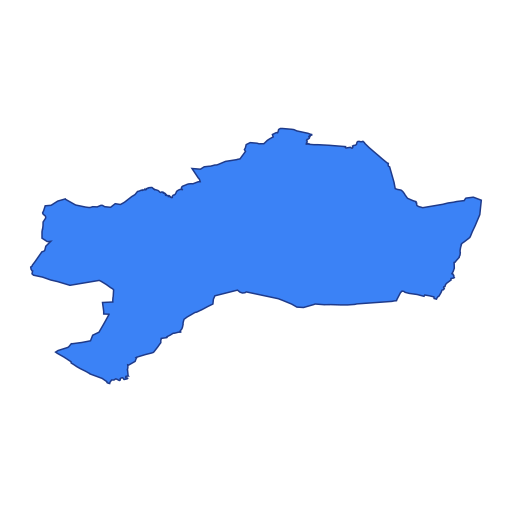 the district of Vecpiebalgas pag., Vecpiebalgas, Latvia
{"feature_id": "27541924B76706291100017", "entity_name": "Vecpiebalgas pag.", "entity_type": "district", "adm_level": 2, "iso_a3": "LVA", "parent_name": "Latvia", "parent_adm1": "Vecpiebalgas", "projection": "equal_earth", "projection_center": [25.763, 57.071], "detail": "fine", "context": "isolated", "style": "filled", "palette": "blue", "viewbox_px": 512, "rotation_deg": 0, "n_neighbors": 0, "source": "geoboundaries", "source_scale": "gbopen_adm2", "svg_char_len": 5955}
<svg xmlns="http://www.w3.org/2000/svg" viewBox="0 0 512 512"><path d="M436.4,299.1L436.4,298.9L438.0,296.6L438.9,296.2L440.9,292.8L441.5,291.5L441.8,290.3L442.4,289.9L443.3,289.8L444.1,288.9L444.3,288.4L443.7,287.9L443.6,287.3L443.9,286.7L445.0,286.5L445.5,284.6L446.7,283.2L451.0,280.0L450.9,279.9L451.0,278.5L453.7,278.0L454.3,277.6L453.9,277.0L453.8,276.5L453.8,275.6L453.5,275.3L453.5,275.0L453.1,274.7L453.0,274.1L451.9,273.7L453.2,271.4L454.3,268.2L454.1,262.4L455.2,262.1L456.2,260.7L459.2,257.4L459.3,256.5L460.0,255.1L460.3,252.4L460.1,252.0L460.1,250.3L460.6,247.4L461.4,244.6L461.2,244.3L462.2,243.2L464.4,241.7L469.8,237.5L470.6,235.9L472.3,231.7L475.1,225.8L478.9,216.8L479.8,214.6L481.3,200.2L473.4,197.2L473.1,197.2L466.1,198.1L465.7,198.3L465.1,199.1L464.2,200.6L456.7,201.5L453.6,202.2L447.9,203.0L442.8,204.3L422.7,207.7L420.4,207.0L419.3,206.8L417.8,206.1L416.9,205.5L416.7,204.8L416.6,203.5L416.7,203.1L416.0,202.7L415.9,202.4L416.1,201.8L416.0,201.6L413.3,200.8L407.5,198.3L404.9,194.7L404.4,193.7L402.9,191.7L401.4,190.3L400.1,189.9L397.3,189.4L395.2,188.6L394.0,182.3L389.6,166.8L388.6,166.3L388.3,166.0L388.1,164.3L388.3,163.4L387.1,162.9L382.0,158.7L369.1,147.6L364.7,143.3L364.5,142.7L362.9,141.3L362.1,141.7L360.1,141.7L359.5,141.4L358.0,141.4L357.2,142.0L356.7,143.2L356.5,144.4L355.4,145.2L353.5,145.5L352.5,146.1L352.8,146.9L352.7,147.6L352.1,148.2L351.8,148.2L350.3,147.3L346.0,148.0L345.0,147.0L345.3,146.6L329.3,145.3L318.1,144.7L314.0,144.7L309.2,144.3L309.2,144.0L307.1,144.1L307.4,143.7L306.3,143.7L306.6,142.6L307.1,142.1L307.1,141.3L307.0,140.9L306.6,140.7L307.0,140.1L307.0,139.5L308.1,139.1L309.3,138.2L309.2,137.6L309.5,137.5L309.6,137.2L309.4,136.8L309.5,136.7L309.0,136.5L309.2,136.2L310.0,136.1L309.8,135.7L310.5,135.3L311.7,135.1L311.7,134.5L310.3,134.2L308.0,133.3L296.8,130.9L293.9,129.6L291.8,129.3L282.6,128.5L280.3,128.5L278.6,129.5L278.2,131.3L277.6,132.8L276.3,132.6L272.4,134.5L273.2,136.9L269.9,138.7L267.4,140.3L263.9,143.7L259.0,143.8L257.0,143.2L250.2,142.6L246.2,144.6L245.3,148.1L244.4,149.6L245.5,151.4L240.0,158.9L237.2,159.4L237.0,159.6L225.5,161.4L218.1,164.5L216.5,165.0L214.9,165.0L210.5,166.2L208.6,166.3L204.2,166.8L200.4,169.2L192.0,168.5L198.3,178.0L199.0,178.6L199.6,179.8L200.2,181.7L198.1,181.8L192.9,183.8L191.1,183.7L188.8,183.9L187.2,184.3L185.9,184.9L182.6,186.2L181.9,186.8L181.3,188.2L181.4,188.6L182.8,189.9L181.4,189.4L179.9,189.5L178.6,190.0L176.9,191.1L176.4,191.8L176.1,192.7L175.1,194.4L174.4,194.9L173.3,195.1L172.5,196.0L172.2,197.0L172.3,197.5L172.1,197.6L171.4,197.6L171.0,197.4L170.9,197.2L170.5,197.2L170.5,196.9L169.7,196.4L169.8,196.2L169.6,196.0L169.4,196.4L168.7,196.5L168.8,196.1L168.6,195.7L168.3,195.9L167.2,195.6L167.3,195.4L167.5,195.3L165.6,195.3L165.5,195.1L165.5,194.7L166.0,194.4L165.9,194.3L165.6,194.3L165.5,194.1L165.3,194.2L165.1,193.9L165.3,193.8L165.0,193.8L164.9,193.7L165.0,193.5L164.6,193.4L164.8,193.3L164.6,193.1L164.4,193.2L163.5,192.8L163.5,192.6L163.0,192.5L163.0,192.2L162.5,192.2L162.0,191.9L160.6,192.5L159.9,192.2L158.7,191.0L158.0,190.5L155.9,189.8L155.1,189.6L154.8,189.8L154.0,189.3L154.1,189.1L153.5,188.8L153.5,188.6L152.7,188.2L152.2,187.6L151.0,187.4L150.2,187.7L149.3,187.6L148.8,187.7L148.5,188.1L148.2,188.0L147.4,188.2L146.8,188.7L146.5,188.7L146.6,188.9L146.2,189.1L146.3,189.4L146.0,189.7L145.4,189.8L144.9,189.7L144.6,189.4L144.5,189.7L143.4,190.0L142.3,190.4L142.1,190.0L141.9,190.2L141.0,190.3L139.2,191.1L137.5,191.5L135.0,194.6L131.7,196.6L124.4,202.3L121.0,204.2L120.3,204.5L115.2,203.7L110.6,207.3L104.7,206.7L102.5,205.4L101.0,205.3L97.2,206.9L92.7,206.7L90.2,207.5L88.9,207.5L85.7,207.1L75.6,205.0L65.5,199.3L65.3,198.9L57.7,201.1L51.1,205.3L45.2,205.8L43.6,210.8L43.4,211.2L42.6,212.9L43.0,213.9L43.5,214.5L44.9,215.6L45.5,216.4L45.7,217.2L45.6,218.2L43.1,222.0L43.0,225.9L42.6,229.3L42.4,229.3L42.0,231.8L42.0,238.2L47.1,241.5L48.1,241.6L50.8,241.3L45.8,246.2L44.9,249.8L44.6,250.6L43.6,251.3L41.9,251.8L35.0,261.7L32.4,265.1L32.0,266.2L31.0,266.8L30.7,267.1L31.1,269.3L32.3,271.1L32.6,271.1L32.0,273.8L33.5,275.2L42.5,277.1L50.7,280.0L57.6,281.6L69.9,285.3L99.2,280.4L100.9,281.2L106.3,284.5L110.7,287.7L112.6,288.8L113.6,289.8L113.2,296.6L113.0,297.4L112.8,299.9L112.8,302.0L102.5,302.5L103.7,311.3L103.7,314.0L109.0,314.2L109.0,314.5L103.9,323.7L99.0,332.2L92.7,335.2L90.5,340.8L81.7,342.5L71.7,343.8L71.3,343.7L69.0,346.5L67.9,347.4L58.1,350.5L55.6,352.1L57.1,353.2L64.0,357.1L71.0,361.7L71.2,363.0L73.8,364.6L76.7,366.6L80.4,368.7L85.3,371.1L89.9,373.7L89.9,373.9L102.1,378.4L106.9,381.7L106.9,382.3L107.3,382.8L109.3,383.5L109.7,383.5L109.7,383.0L109.9,382.4L111.6,380.0L114.0,380.0L115.6,378.9L116.6,379.1L119.1,380.4L119.5,380.5L119.9,380.3L120.2,380.0L120.3,379.6L120.1,378.9L120.6,378.4L121.0,378.1L122.1,377.7L122.7,377.8L123.6,378.8L123.9,379.4L124.1,379.5L126.9,378.9L127.5,378.6L127.7,378.3L127.3,378.0L126.0,377.8L125.7,377.5L125.7,376.8L126.0,376.3L128.3,376.0L128.1,375.8L127.5,369.5L127.4,369.5L127.7,368.5L127.9,367.1L127.7,364.8L128.6,365.1L135.1,361.4L136.3,358.2L136.5,358.0L136.0,357.6L136.7,357.3L136.7,357.2L145.6,354.5L151.6,353.0L153.1,352.5L153.9,351.9L157.7,347.0L159.8,344.0L160.8,342.7L160.8,340.2L161.1,339.5L161.2,338.4L166.8,337.6L167.2,337.1L167.0,336.7L170.2,335.1L173.1,333.3L174.5,333.2L178.4,332.2L180.7,332.1L180.7,331.7L180.1,331.1L181.9,328.8L182.5,327.1L183.1,324.3L183.0,323.9L183.2,322.3L184.0,319.3L187.3,316.9L195.1,312.4L196.7,312.1L202.6,309.3L207.8,306.5L212.9,304.0L213.4,299.2L214.9,295.8L237.5,290.1L239.9,292.1L242.4,293.0L245.0,292.7L246.3,291.9L278.3,298.7L282.7,300.4L291.7,304.1L296.9,307.1L303.5,307.5L313.6,304.6L315.2,304.0L324.1,304.7L331.1,304.6L340.3,304.9L347.8,304.9L354.8,304.4L356.8,303.9L391.9,301.4L394.3,300.9L396.5,300.7L396.9,299.5L400.4,292.8L402.0,291.1L403.9,291.4L405.0,292.3L409.2,293.4L417.2,294.5L424.0,296.3L424.8,295.0L429.5,295.8L433.9,296.9L434.1,298.5L436.4,299.1Z" fill="#3b82f6" stroke="#1e3a8a" stroke-width="1.5"/></svg>